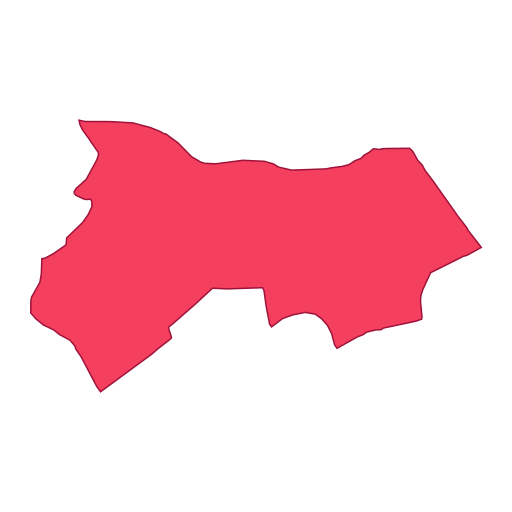 Totonicapán, Totonicapán, Guatemala (Natural Earth projection)
{"feature_id": "79465075B19896834166836", "entity_name": "Totonicapán", "entity_type": "district", "adm_level": 2, "iso_a3": "GTM", "parent_name": "Guatemala", "parent_adm1": "Totonicapán", "projection": "natural_earth1", "projection_center": [-91.331, 14.892], "detail": "fine", "context": "isolated", "style": "filled", "palette": "rose", "viewbox_px": 512, "rotation_deg": 0, "n_neighbors": 0, "source": "geoboundaries", "source_scale": "gbopen_adm2", "svg_char_len": 1611}
<svg xmlns="http://www.w3.org/2000/svg" viewBox="0 0 512 512"><path d="M100.5,391.8L151.8,354.1L157.4,349.2L165.1,343.2L169.1,340.1L171.5,337.9L171.0,335.7L169.3,330.5L168.5,327.3L174.4,322.4L195.2,304.2L212.5,288.2L226.8,288.9L262.5,287.7L264.0,290.5L266.2,306.6L269.6,324.2L271.5,326.9L282.7,318.5L292.7,314.9L305.3,312.4L315.3,314.2L321.5,318.7L327.5,325.4L331.6,333.6L334.6,344.8L337.0,348.3L357.4,336.9L363.2,334.6L366.7,332.1L375.9,329.9L381.0,329.7L383.3,328.1L415.8,321.2L421.6,319.2L422.0,317.2L420.5,301.3L420.8,296.0L422.6,290.1L430.6,272.7L463.6,256.2L466.8,255.4L481.3,247.4L467.9,230.1L467.2,228.2L458.0,216.3L433.3,181.3L426.0,171.7L424.2,168.9L422.1,164.9L417.8,160.4L412.8,151.4L409.6,148.3L386.6,148.5L381.4,148.8L380.3,149.5L373.3,148.8L369.3,152.2L364.0,155.3L360.9,158.4L354.8,160.8L349.0,164.6L342.3,166.4L330.1,168.0L326.1,168.9L291.7,170.1L278.5,167.1L273.7,164.0L264.3,161.3L242.9,160.3L215.6,163.8L204.4,163.3L200.4,161.9L191.6,156.7L177.8,142.7L165.8,133.9L164.0,133.8L160.4,131.6L150.5,127.6L132.8,122.9L110.5,121.6L84.9,121.5L79.0,120.2L79.9,124.4L82.4,129.7L87.4,136.7L89.1,138.9L90.6,141.4L97.7,151.5L98.3,152.6L98.4,154.3L98.2,156.0L97.6,157.6L96.7,160.1L86.2,179.4L76.2,188.4L74.2,191.7L74.3,193.3L75.9,195.3L83.2,198.8L85.9,199.5L90.5,199.2L91.8,201.5L91.9,206.8L88.0,214.9L82.4,222.7L66.7,237.9L66.0,244.9L53.3,253.7L44.7,258.3L41.9,258.6L41.3,274.0L39.9,282.3L31.6,297.1L30.9,300.7L30.7,312.9L35.6,318.6L41.0,323.0L43.1,324.8L53.8,330.0L59.5,334.6L70.0,340.2L75.1,346.3L75.6,348.7L81.0,356.6L96.7,386.4L100.5,391.8Z" fill="#f43f5e" stroke="#9f1239" stroke-width="1.5"/></svg>